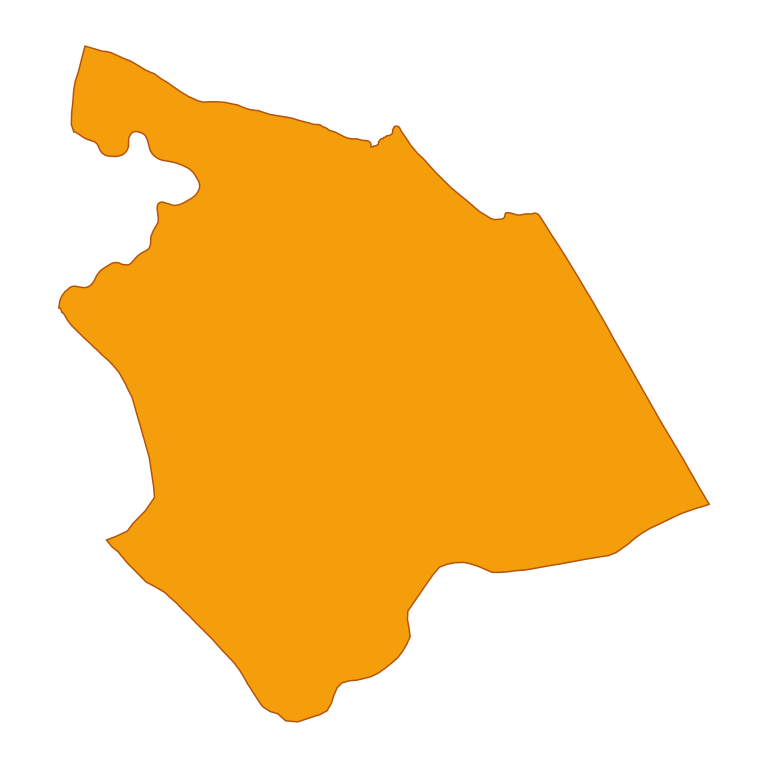 Panare, Pattani, Thailand
{"feature_id": "78962969B4451238967182", "entity_name": "Panare", "entity_type": "district", "adm_level": 2, "iso_a3": "THA", "parent_name": "Thailand", "parent_adm1": "Pattani", "projection": "orthographic", "projection_center": [101.496, 6.808], "detail": "fine", "context": "isolated", "style": "filled", "palette": "amber", "viewbox_px": 768, "rotation_deg": 0, "n_neighbors": 0, "source": "geoboundaries", "source_scale": "gbopen_adm2", "svg_char_len": 5968}
<svg xmlns="http://www.w3.org/2000/svg" viewBox="0 0 768 768"><path d="M285.7,720.8L297.7,721.9L313.2,716.7L319.9,714.6L327.1,710.7L331.4,703.2L333.7,695.7L337.1,687.8L341.9,682.9L345.3,682.0L348.9,680.8L356.6,680.2L363.9,678.5L370.8,676.7L378.3,673.1L384.9,668.4L392.1,662.7L397.9,657.5L402.2,651.9L406.8,644.3L410.1,636.5L409.0,628.0L407.5,620.0L407.8,611.2L428.6,580.9L433.0,574.8L439.4,567.2L446.9,564.3L454.5,562.7L463.9,562.4L471.1,564.0L478.6,566.5L485.6,569.5L492.4,572.4L499.6,572.4L506.7,571.9L516.1,570.7L525.3,570.0L535.1,568.3L550.8,565.4L559.9,564.0L567.3,562.6L575.7,561.1L584.5,559.4L593.7,557.9L600.3,556.8L608.7,555.5L616.3,552.4L623.3,547.5L628.9,543.5L633.9,539.0L641.4,533.5L649.9,528.4L658.3,524.5L667.0,520.3L674.0,516.9L681.8,513.3L688.7,510.9L696.2,508.3L704.7,505.9L709.2,504.3L708.2,502.5L704.1,495.7L698.8,486.8L693.1,476.5L688.9,469.4L683.4,459.5L671.5,439.5L664.5,427.9L659.2,418.9L655.3,411.9L642.6,389.5L633.7,373.8L628.6,364.8L619.1,348.3L612.8,337.3L607.2,326.8L598.6,312.0L593.7,303.3L585.9,290.4L578.8,278.3L565.7,256.8L559.5,246.9L551.5,234.8L543.3,221.6L539.3,215.5L537.5,213.9L535.2,213.1L533.2,213.4L531.9,213.9L530.4,214.0L528.2,213.9L525.2,214.0L523.3,214.4L519.6,215.1L517.3,214.9L514.9,214.3L511.8,213.3L508.8,212.7L506.2,212.7L505.4,213.4L505.0,214.7L505.0,215.5L504.4,217.2L502.9,218.8L501.3,219.1L494.3,219.6L491.9,218.8L490.9,218.6L479.0,211.2L468.9,202.4L462.2,196.9L455.7,191.6L450.7,187.3L436.0,172.8L423.5,158.9L417.3,153.1L411.0,145.6L404.9,136.3L404.5,135.9L401.1,131.1L399.7,127.9L398.5,126.7L397.4,126.3L395.5,126.1L394.5,126.6L393.8,127.5L393.3,128.8L392.8,129.4L392.8,130.4L392.7,131.6L392.4,133.1L392.1,133.6L391.4,134.4L389.4,135.5L388.7,135.6L387.9,135.6L387.3,135.7L386.4,136.0L386.0,136.4L385.4,136.9L385.0,137.2L384.4,137.3L383.9,137.4L383.4,138.0L383.0,138.6L382.5,138.7L381.7,138.7L381.2,138.8L380.5,139.3L379.6,140.4L379.2,141.0L378.9,141.6L378.5,142.0L378.4,142.6L378.5,143.3L378.3,144.2L377.9,144.7L377.2,144.9L376.8,145.3L376.1,145.6L375.3,145.9L373.6,146.0L373.3,146.4L373.3,146.6L371.2,146.9L371.3,146.7L371.2,146.6L371.1,145.5L370.9,143.9L370.2,142.5L369.0,141.4L367.1,140.7L365.8,140.5L363.5,140.5L360.2,139.8L358.5,139.3L357.0,138.9L355.7,138.9L352.8,138.9L350.0,138.6L347.6,138.0L344.2,136.8L336.0,132.5L332.4,131.2L329.0,130.2L326.8,128.3L322.7,126.6L319.6,124.6L313.8,124.4L309.2,123.0L303.6,121.6L298.7,120.3L292.8,118.4L286.5,117.1L279.9,116.1L269.6,114.4L269.1,114.2L258.2,110.6L254.1,110.2L250.4,109.7L244.1,107.8L237.6,105.0L231.1,103.7L224.4,102.3L217.0,101.8L208.5,101.8L203.6,102.2L197.9,100.8L188.5,96.5L180.7,91.8L173.5,86.8L166.6,82.0L160.7,78.5L154.4,73.8L150.0,72.1L148.3,71.2L145.4,70.0L139.1,66.1L133.3,62.6L129.4,60.6L123.8,58.5L110.9,52.6L106.4,51.5L103.0,51.3L101.2,50.9L98.8,50.1L88.7,47.2L85.0,46.1L81.5,59.3L79.9,66.0L77.9,73.5L75.4,80.7L73.7,90.1L72.7,103.8L71.7,112.0L71.3,124.3L73.8,132.0L74.5,132.0L74.9,132.0L75.2,132.1L76.0,132.5L77.0,133.1L84.5,138.0L87.9,139.6L92.4,141.1L93.7,141.5L94.7,142.0L95.5,142.6L96.3,143.2L97.0,143.9L97.7,144.9L100.0,150.1L100.5,151.0L102.0,152.9L103.2,153.9L104.6,154.8L106.5,155.5L108.2,156.0L111.5,156.3L115.8,156.5L119.3,155.9L121.5,155.2L122.2,154.9L123.2,154.3L124.7,153.1L126.0,151.7L127.1,150.1L128.3,147.2L128.5,146.0L128.6,140.6L128.6,139.4L128.7,138.5L129.0,137.4L130.6,134.4L131.7,133.1L132.6,132.4L133.2,132.1L134.1,131.8L135.3,131.5L136.0,131.5L138.1,131.8L140.3,132.5L142.5,133.4L143.6,134.1L144.6,135.0L145.4,135.8L145.9,136.7L147.5,140.3L149.9,149.5L150.7,151.4L152.3,153.9L153.3,155.0L155.3,156.7L156.4,157.5L158.2,158.6L160.4,159.6L162.0,160.1L163.6,160.5L168.0,161.2L173.7,162.3L175.2,162.7L181.2,164.8L182.6,165.4L187.7,167.9L188.0,168.1L189.7,169.2L192.4,171.6L193.4,172.8L194.3,173.9L197.6,179.4L198.1,180.3L199.0,182.3L199.5,184.0L199.7,184.9L199.6,186.2L199.5,188.1L199.3,188.8L198.9,189.7L198.5,190.4L197.5,192.3L196.7,193.6L195.7,194.8L194.7,195.8L193.3,196.9L193.1,197.1L192.0,198.0L185.3,201.9L181.5,203.9L179.4,204.6L177.0,205.2L175.8,205.3L174.2,205.4L173.2,205.3L171.9,204.9L163.1,202.2L162.8,202.1L161.6,202.1L160.2,202.4L159.4,202.8L159.0,203.1L158.3,203.7L157.7,204.7L157.4,205.9L157.2,207.6L157.2,209.7L158.3,217.9L158.1,221.4L158.1,221.9L157.6,223.2L156.5,225.3L153.7,230.0L153.4,230.6L151.6,234.8L151.1,236.3L150.8,237.7L150.5,244.2L150.1,245.6L149.5,247.3L149.2,247.9L148.8,248.5L148.3,249.1L148.1,249.3L147.2,249.9L142.4,252.5L141.3,253.2L140.1,254.0L138.8,255.0L136.6,256.9L133.2,260.8L131.2,263.0L129.7,264.2L129.4,264.4L128.8,264.6L128.3,264.8L127.7,264.8L127.0,264.9L125.7,264.8L123.8,264.7L122.9,264.6L122.3,264.4L121.7,264.2L118.7,262.8L118.2,262.7L117.8,262.7L116.8,262.6L115.5,262.6L114.3,262.7L113.5,262.9L112.5,263.1L110.2,264.2L107.8,265.7L106.4,266.5L104.0,268.1L102.0,269.5L101.1,270.2L100.3,270.9L99.5,271.7L97.3,274.6L96.8,275.5L96.6,275.7L94.6,279.9L93.4,281.9L91.7,284.2L91.1,284.7L90.1,285.6L89.5,286.0L87.8,286.9L87.4,287.0L86.0,287.4L85.4,287.6L84.7,287.6L83.3,287.5L81.9,287.4L81.0,287.3L76.7,286.5L74.9,286.2L74.0,286.2L73.2,286.3L72.2,286.5L71.3,286.8L70.6,287.2L70.1,287.5L69.4,288.0L64.7,292.0L63.6,293.6L62.1,295.6L61.1,297.5L60.4,299.1L59.7,301.7L58.8,308.1L59.9,308.2L60.4,308.3L60.6,308.4L60.6,308.5L60.8,308.9L61.1,309.9L61.7,312.2L61.8,312.4L61.9,312.5L62.0,312.5L62.5,312.3L64.5,315.0L67.8,320.6L72.0,326.0L76.9,330.8L82.0,335.9L88.6,342.0L95.4,348.6L95.9,348.8L101.5,354.4L108.4,360.5L114.4,366.8L119.1,372.6L125.6,384.1L127.6,388.6L132.2,397.7L138.0,418.2L140.5,426.6L149.3,457.7L153.7,487.2L154.5,497.4L145.3,510.8L132.7,523.7L127.7,530.6L126.9,531.3L115.9,536.4L106.5,540.0L111.8,546.7L118.2,551.9L123.4,558.3L127.8,563.5L134.2,569.9L139.3,575.1L146.1,582.0L155.8,587.1L164.7,592.4L170.1,597.5L176.5,603.1L183.8,610.8L188.9,615.5L196.4,623.4L211.8,638.6L221.0,649.0L226.4,654.7L234.1,662.7L240.3,671.2L244.7,678.6L248.0,684.5L253.6,693.2L258.3,700.5L262.8,706.8L270.1,711.5L277.8,713.8L285.7,720.8Z" fill="#f59e0b" stroke="#b45309" stroke-width="1.5"/></svg>